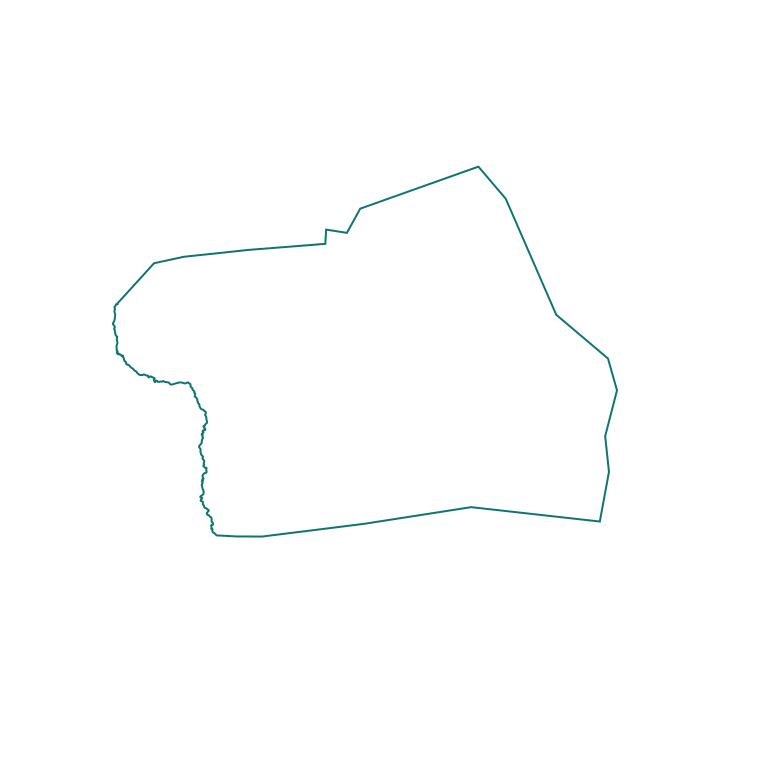 outline of Jargalant, Orhon, Mongolia, rotated 42°
{"feature_id": "93677404B3758114221104", "entity_name": "Jargalant", "entity_type": "district", "adm_level": 2, "iso_a3": "MNG", "parent_name": "Mongolia", "parent_adm1": "Orhon", "projection": "mercator", "projection_center": [104.283, 49.034], "detail": "fine", "context": "isolated", "style": "outline", "palette": "teal", "viewbox_px": 768, "rotation_deg": 42, "n_neighbors": 0, "source": "geoboundaries", "source_scale": "gbopen_adm2", "svg_char_len": 6141}
<svg xmlns="http://www.w3.org/2000/svg" viewBox="0 0 768 768"><g transform="rotate(42 384 384)"><path d="M533.4,215.2L465.7,217.3L416.7,195.0L350.6,164.9L348.4,164.6L308.7,159.3L249.0,269.6L255.3,296.5L239.2,307.0L237.7,308.0L246.6,319.1L193.4,375.2L150.2,423.3L132.3,448.1L132.0,502.2L132.4,502.4L132.6,502.8L132.4,503.1L132.1,503.5L131.8,503.8L131.6,504.2L131.7,504.7L132.0,505.1L132.1,505.5L132.2,506.0L132.1,506.7L132.2,507.2L132.8,507.6L133.5,507.9L134.2,508.9L134.5,509.6L135.2,510.6L136.0,511.1L136.8,511.5L137.4,512.0L138.2,512.8L139.1,514.1L140.1,515.4L140.9,516.7L141.6,518.3L141.7,519.1L141.9,520.0L142.2,520.6L142.8,521.0L143.9,521.1L144.9,521.3L145.9,521.9L146.2,522.3L146.2,522.8L146.3,523.3L146.7,523.6L147.2,523.7L147.9,524.1L149.1,525.3L150.6,526.3L151.9,527.2L152.5,527.4L153.1,527.4L153.6,527.3L154.1,527.4L154.4,527.9L154.6,528.3L154.8,528.7L155.1,529.2L155.7,529.6L156.7,530.5L157.1,530.7L157.7,531.2L158.2,531.6L158.5,532.0L158.9,532.8L159.1,533.5L159.4,534.0L159.9,534.6L160.2,535.2L160.5,535.6L161.1,536.0L161.6,536.4L162.0,536.9L162.4,537.5L162.9,537.9L163.2,537.8L163.8,537.8L164.1,538.0L164.3,538.6L164.3,539.1L164.5,539.5L165.4,539.8L165.9,540.0L166.2,540.0L166.4,539.8L166.3,539.3L166.4,538.9L167.0,538.9L167.5,539.0L167.9,539.0L168.4,538.4L169.0,538.4L169.5,538.4L169.9,538.6L170.3,538.7L170.5,538.4L170.6,537.9L170.8,537.7L171.1,537.7L171.4,538.0L171.7,538.6L172.1,538.7L172.6,538.7L173.3,538.9L174.5,539.9L175.1,540.2L175.5,540.4L176.1,540.5L177.1,540.5L177.9,540.5L178.4,540.9L178.7,541.4L179.0,541.6L179.5,541.6L180.1,541.4L181.6,540.7L182.1,540.7L184.2,541.0L186.1,540.9L187.1,540.7L187.8,540.7L189.2,541.0L189.7,541.0L190.3,540.8L190.8,540.6L191.4,540.5L191.9,540.5L192.8,540.8L193.6,541.0L194.7,540.9L195.4,540.9L196.1,540.7L196.7,540.6L197.8,539.7L198.3,539.2L198.7,538.6L198.9,537.8L199.5,537.4L200.2,537.1L201.2,536.9L202.1,536.4L202.7,535.9L203.3,535.9L203.6,536.2L204.1,536.5L204.4,536.5L204.7,536.5L204.9,536.3L204.9,535.5L205.2,534.9L205.7,534.4L207.1,534.1L208.6,533.4L209.0,533.3L209.6,533.3L210.0,533.7L209.9,534.5L210.2,535.0L210.5,535.1L210.8,534.8L211.1,534.7L211.5,534.9L211.5,535.4L211.9,535.8L212.4,535.9L212.6,535.8L212.7,535.4L212.6,534.5L212.7,533.9L213.0,533.6L213.6,533.5L214.4,533.7L215.0,533.4L216.4,531.6L217.1,531.2L217.5,530.8L217.6,530.1L217.9,529.6L218.4,529.4L219.3,529.2L220.1,529.0L221.0,528.2L222.4,527.3L223.6,526.9L224.1,527.0L224.7,527.2L225.6,527.2L225.9,527.1L226.7,526.3L227.5,525.2L228.8,523.0L230.4,520.5L231.5,519.1L233.1,518.0L234.7,517.4L235.8,516.7L236.4,515.7L236.7,514.9L237.2,514.1L237.5,513.8L237.8,513.8L238.2,513.9L238.8,514.0L239.5,513.7L240.2,513.7L240.9,514.2L241.8,515.1L242.4,515.4L244.4,515.4L244.9,515.9L245.6,516.2L246.3,516.4L247.7,516.4L248.1,516.5L248.5,516.7L248.6,517.1L249.0,517.5L249.9,517.5L250.3,517.6L250.6,518.1L250.9,518.6L251.2,519.3L251.6,519.8L252.2,519.9L252.7,519.8L253.2,519.7L254.5,519.9L255.3,520.4L256.1,520.9L256.7,521.5L257.5,521.7L258.0,522.2L258.6,522.6L260.1,522.6L260.7,522.9L261.1,523.3L261.7,524.0L263.0,524.4L264.1,524.9L264.9,524.8L265.6,524.8L266.2,524.5L266.8,524.1L267.2,524.1L267.6,524.2L268.2,524.3L269.1,524.1L269.7,524.0L270.0,524.0L270.4,524.2L270.8,524.5L271.1,525.0L271.4,525.7L271.6,526.5L272.1,526.9L272.9,527.1L273.4,527.2L273.9,527.5L274.5,527.9L275.0,528.5L275.9,529.2L277.2,530.1L277.9,530.7L278.4,531.5L278.4,532.4L278.2,533.1L278.3,533.8L278.5,534.4L278.6,535.0L278.2,535.6L278.2,536.2L278.6,536.5L279.0,536.6L279.5,536.5L280.0,536.6L280.2,537.1L280.6,537.3L281.0,537.2L281.5,537.2L281.7,537.6L281.8,538.1L281.6,538.5L281.4,538.9L281.0,539.2L280.8,539.4L280.6,539.7L280.6,540.0L280.9,540.5L281.5,540.7L282.1,540.9L282.3,541.0L282.3,541.5L282.1,541.9L282.0,542.5L282.0,543.1L282.2,543.4L282.5,543.5L282.8,543.3L283.1,543.1L283.5,543.3L283.8,543.8L284.0,544.5L284.4,544.7L284.8,544.9L285.4,545.0L285.6,545.3L285.8,546.2L286.0,546.8L286.3,547.5L286.9,548.7L287.5,549.1L288.0,549.8L288.0,551.1L288.1,552.6L288.2,553.9L288.6,554.4L289.1,554.7L291.0,555.1L291.7,555.5L292.5,556.7L292.9,557.2L294.6,558.3L295.4,558.8L296.6,558.9L297.6,559.0L298.2,559.2L298.7,560.5L299.1,560.8L299.7,561.1L301.3,561.2L301.8,561.4L302.4,562.0L302.8,563.1L303.0,563.4L303.3,563.7L303.8,563.8L304.2,564.2L304.3,564.6L304.3,565.2L304.4,565.6L304.6,565.8L305.1,565.8L305.8,565.8L306.2,565.9L306.6,566.0L307.0,566.0L307.4,565.7L307.9,565.3L308.0,565.2L308.4,565.3L308.7,565.7L308.9,566.2L309.2,566.7L309.5,566.9L310.2,567.3L310.7,567.8L311.1,568.2L311.1,568.5L311.1,569.0L310.6,569.6L310.3,570.3L310.2,571.6L310.2,572.8L310.5,573.6L310.8,573.9L311.4,574.3L312.0,574.5L312.4,574.8L313.1,575.0L313.3,575.4L313.2,575.7L312.8,576.1L312.8,576.5L313.0,576.7L313.6,576.7L314.0,576.8L314.1,577.2L313.9,577.5L313.7,577.9L313.8,578.2L314.1,578.4L314.6,578.4L315.2,578.7L315.6,579.1L315.6,579.5L315.7,580.2L316.0,580.8L316.7,581.5L317.9,582.3L319.4,583.2L321.0,584.0L322.2,584.9L322.9,585.7L323.3,586.4L323.4,587.0L323.4,587.8L323.2,588.5L322.8,590.2L323.0,590.7L323.4,591.0L323.7,591.0L324.0,590.9L324.6,590.4L325.0,590.4L325.3,590.5L325.4,591.0L325.4,592.2L325.5,592.8L325.8,593.3L326.5,593.3L327.1,593.0L327.7,592.8L328.3,592.9L328.9,593.3L329.3,594.0L330.0,594.6L330.8,594.8L331.4,594.8L332.0,595.1L332.4,595.5L332.8,595.8L333.3,595.9L333.9,595.8L334.4,595.5L334.9,595.3L335.4,595.3L335.8,595.3L336.2,595.4L336.8,595.2L337.5,595.1L338.1,595.1L338.5,595.5L338.7,596.0L338.5,596.6L338.6,598.1L338.9,598.7L339.4,599.1L340.0,599.3L340.6,599.2L341.2,598.9L342.0,598.8L342.5,598.9L343.3,599.1L343.8,599.0L344.6,598.9L345.1,598.9L345.9,599.4L346.8,600.2L347.2,600.9L347.8,601.5L348.3,601.7L348.8,601.7L349.5,601.8L350.2,602.0L350.7,602.5L350.9,603.0L350.8,603.6L350.2,604.0L350.1,604.5L350.4,604.9L350.7,605.3L351.9,606.0L352.2,606.5L352.3,606.9L352.6,607.2L352.9,607.2L353.2,606.7L353.4,606.6L353.7,606.8L354.2,607.3L354.6,607.8L355.2,608.3L355.7,608.6L356.2,608.7L356.8,608.6L357.6,608.4L358.0,608.3L358.7,608.4L359.5,608.5L360.2,608.5L361.1,608.3L361.7,608.0L362.5,607.2L376.4,596.0L395.6,578.8L462.3,501.8L531.2,417.2L636.4,341.8L610.0,298.8L583.3,274.8L561.4,232.8L533.4,215.2Z" fill="none" stroke="#0f766e" stroke-width="2"/></g></svg>